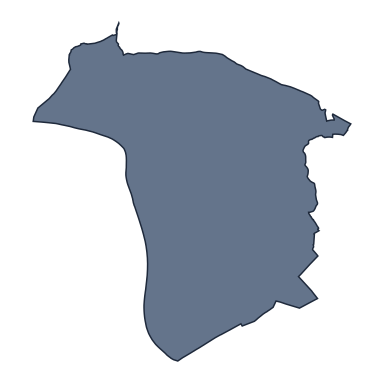 Gennep, Limburg, Netherlands
{"feature_id": "6326949B74696294770759", "entity_name": "Gennep", "entity_type": "district", "adm_level": 2, "iso_a3": "NLD", "parent_name": "Netherlands", "parent_adm1": "Limburg", "projection": "natural_earth1", "projection_center": [5.991, 51.696], "detail": "fine", "context": "isolated", "style": "filled", "palette": "slate", "viewbox_px": 384, "rotation_deg": 0, "n_neighbors": 0, "source": "geoboundaries", "source_scale": "gbopen_adm2", "svg_char_len": 5841}
<svg xmlns="http://www.w3.org/2000/svg" viewBox="0 0 384 384"><path d="M317.9,256.0L316.6,254.3L312.6,249.7L312.8,248.4L313.2,247.7L313.6,247.0L313.5,245.7L313.2,244.8L313.7,244.3L314.4,234.5L313.9,234.0L314.4,233.3L315.5,232.7L318.8,230.8L318.6,230.7L318.8,230.5L317.8,229.4L317.7,229.3L317.7,229.1L318.5,228.5L318.6,228.3L318.6,228.2L318.4,227.7L317.1,225.9L315.7,223.4L314.5,221.6L314.2,221.1L313.9,220.9L313.7,220.6L313.4,220.4L313.5,219.9L313.4,219.7L313.2,219.5L312.4,219.2L312.2,218.7L311.9,218.1L311.6,217.9L311.3,217.5L311.2,217.0L311.0,216.6L310.6,216.4L310.3,216.0L310.2,215.7L310.1,215.4L309.7,215.0L309.6,214.8L309.6,214.6L309.3,214.2L309.0,213.9L308.7,213.4L308.7,213.0L308.6,212.3L309.7,212.3L311.4,211.8L312.7,211.4L313.3,211.1L313.7,210.7L314.1,210.2L314.6,209.4L315.2,208.2L315.8,206.6L316.1,206.0L316.2,205.7L317.2,204.5L317.4,204.1L317.5,203.6L317.5,202.9L317.4,202.5L316.7,200.6L316.4,199.8L315.6,195.0L315.6,194.2L315.9,192.1L315.9,191.2L315.8,190.3L315.4,188.5L315.0,186.9L314.8,185.6L314.6,184.1L314.5,183.8L314.2,183.4L313.9,183.1L312.6,182.5L312.0,182.2L310.7,181.4L310.3,181.1L308.2,178.6L307.8,177.9L307.3,176.9L307.2,176.4L307.3,176.1L307.7,174.9L307.8,174.5L308.0,173.7L308.2,171.6L308.2,170.8L308.2,170.2L308.0,169.4L307.8,168.9L307.6,168.5L307.0,167.6L306.5,166.9L305.4,165.8L305.2,165.4L304.9,164.9L305.1,164.2L305.6,163.0L305.8,162.2L305.7,160.1L305.7,156.8L305.5,155.5L305.3,154.8L304.8,153.7L304.7,153.4L303.6,152.3L303.4,152.0L303.1,151.1L303.0,150.5L303.3,149.6L303.7,148.6L304.5,147.0L305.0,146.2L305.4,145.8L306.6,145.0L307.8,144.3L308.3,143.7L308.6,143.3L308.5,141.5L308.6,141.0L308.7,140.7L309.4,140.1L310.2,139.7L311.4,139.3L311.8,139.4L313.2,138.5L314.1,138.0L314.5,138.0L315.4,137.4L316.0,137.0L316.8,136.6L317.7,136.6L318.0,136.6L318.3,136.1L318.6,136.0L318.9,135.9L319.8,135.7L321.0,135.5L321.5,135.5L321.9,135.5L322.2,135.7L323.0,136.6L323.3,136.8L324.1,137.0L324.2,137.3L324.3,137.4L324.4,137.5L324.6,137.5L325.0,137.4L325.5,137.5L326.0,137.4L326.9,137.1L327.5,137.1L328.1,137.1L328.9,137.0L330.6,137.1L332.5,137.4L332.7,135.1L332.8,134.3L335.0,134.1L337.7,134.2L340.6,134.5L341.4,134.7L343.4,135.4L345.9,132.5L346.5,131.5L347.6,130.2L347.4,130.0L348.1,127.9L348.3,127.5L348.6,126.9L349.6,125.7L350.8,123.9L344.7,120.7L332.9,114.1L332.6,114.5L332.5,115.4L334.2,119.0L334.2,120.0L331.0,120.1L327.6,120.8L326.7,121.1L325.5,115.6L325.0,112.8L325.3,111.9L325.7,109.9L324.7,109.3L322.2,110.3L321.8,110.2L320.6,109.3L320.4,109.1L318.5,103.4L318.7,101.5L318.1,100.9L315.3,98.9L313.5,97.6L311.8,96.1L310.3,95.2L302.8,91.8L301.1,91.2L294.0,88.2L290.3,86.8L285.1,85.4L283.9,85.2L281.3,84.6L280.8,84.3L278.2,82.9L275.5,81.4L272.4,79.8L271.0,79.0L265.0,76.6L261.3,75.5L257.1,73.7L254.6,72.7L246.7,69.4L246.1,69.2L242.9,66.6L240.9,65.5L238.4,64.6L236.7,63.9L236.0,63.4L235.1,62.6L233.8,61.7L232.3,61.0L227.5,58.1L226.5,57.4L225.4,56.4L223.7,55.3L222.4,54.5L218.3,53.6L216.0,53.2L213.1,53.0L206.2,52.6L204.9,52.5L202.9,52.2L200.3,51.4L199.1,51.4L197.6,51.6L195.9,52.1L190.1,52.9L187.1,53.0L184.4,53.1L182.4,53.0L172.5,51.5L170.9,51.3L169.6,51.3L167.8,51.4L163.3,51.9L160.0,52.7L159.3,53.0L158.5,53.6L157.9,53.8L157.1,53.9L156.1,53.9L153.5,53.4L150.5,53.0L145.1,53.2L142.0,53.1L138.6,53.0L138.0,53.1L133.7,54.6L131.6,54.2L129.5,53.7L127.9,53.4L126.0,54.0L123.5,55.1L123.2,54.3L123.0,52.6L122.7,51.7L122.3,50.9L121.8,50.1L120.2,48.6L119.7,47.4L118.4,46.0L118.2,45.5L118.2,45.2L118.4,44.4L118.4,44.0L117.6,43.1L116.9,42.4L116.5,41.7L116.3,40.3L117.0,33.3L116.8,32.2L116.9,31.3L117.1,30.3L117.4,29.3L117.3,28.1L117.6,26.5L117.9,25.8L118.5,24.8L118.9,23.3L118.8,23.0L116.3,29.2L116.3,30.1L116.3,31.1L116.4,32.7L116.5,33.0L116.8,34.1L116.7,34.3L115.4,34.9L114.4,35.1L113.9,35.2L113.1,35.5L112.4,35.0L105.7,38.8L103.2,40.3L102.3,40.6L100.7,41.4L96.5,42.7L95.9,42.9L95.2,43.2L87.8,44.1L87.0,43.9L87.0,44.1L86.1,43.9L85.3,43.7L84.0,43.2L81.1,43.9L80.9,43.9L80.6,45.0L79.9,45.4L77.5,46.4L77.1,46.5L75.8,46.7L74.0,47.7L72.5,49.2L71.4,49.8L71.2,50.0L71.1,50.4L71.1,51.0L71.0,51.5L70.3,52.9L69.8,53.6L69.6,54.1L69.5,55.0L69.2,55.0L69.2,55.5L68.8,59.8L68.9,62.4L70.0,67.0L70.5,69.4L69.7,70.5L65.7,76.9L61.5,83.0L61.3,83.4L58.2,87.9L56.1,91.0L54.3,93.2L54.0,93.6L52.2,95.2L49.2,98.6L37.9,108.0L33.8,117.0L33.4,120.0L33.2,121.4L42.3,122.1L48.5,122.7L54.1,123.3L56.0,123.5L57.9,123.9L61.9,124.8L64.0,125.2L70.1,126.5L74.3,127.7L78.0,128.6L79.3,128.9L85.7,130.1L92.7,131.9L95.7,132.9L100.5,134.6L107.8,137.0L110.5,138.2L112.4,139.1L115.1,140.8L116.0,141.4L117.9,142.8L118.6,143.3L120.9,145.4L122.5,147.0L123.9,148.5L124.2,149.1L124.9,150.7L125.5,152.3L126.1,155.2L126.3,157.3L126.4,160.2L126.3,165.9L126.3,167.4L125.9,172.6L125.9,175.0L126.0,176.2L126.2,177.6L126.6,179.9L127.1,182.1L127.6,183.9L127.9,184.8L131.3,194.0L132.6,198.6L133.0,200.8L133.1,201.2L133.4,202.9L133.8,204.1L134.2,205.5L134.7,206.6L138.2,217.0L139.3,220.4L141.9,228.7L143.5,234.5L145.2,241.3L146.1,246.2L146.9,252.1L147.4,257.9L147.6,263.7L147.5,269.5L147.2,275.4L146.6,281.2L145.7,289.3L145.3,292.0L144.7,296.6L144.3,300.8L144.1,303.7L144.0,305.2L144.0,307.9L144.1,311.0L144.3,314.0L144.6,317.1L145.1,320.4L146.0,325.0L146.5,327.3L147.2,329.4L148.1,331.9L148.7,333.5L150.0,336.0L151.6,338.8L152.5,340.2L154.7,343.1L155.8,344.5L158.1,346.8L159.6,348.2L165.3,353.3L167.1,355.2L168.9,356.6L170.7,357.9L171.0,358.3L171.6,358.6L173.6,359.7L177.8,361.0L182.9,357.5L183.1,357.4L184.0,356.9L190.4,353.1L196.1,349.6L199.2,347.8L215.4,337.6L220.3,334.9L220.9,334.7L230.9,329.3L235.8,326.6L240.9,323.8L242.2,326.0L252.3,322.1L254.4,321.3L256.4,319.7L258.0,318.2L263.2,314.0L265.4,312.5L266.9,311.7L267.8,311.0L269.8,309.7L273.1,307.3L276.0,301.1L276.7,301.2L280.4,302.1L285.9,304.0L299.5,308.1L317.5,298.5L312.4,292.0L311.9,291.3L311.8,291.1L298.5,276.6L300.9,274.2L309.8,264.4L315.0,259.0L317.9,256.0Z" fill="#64748b" stroke="#1e293b" stroke-width="1.5"/></svg>